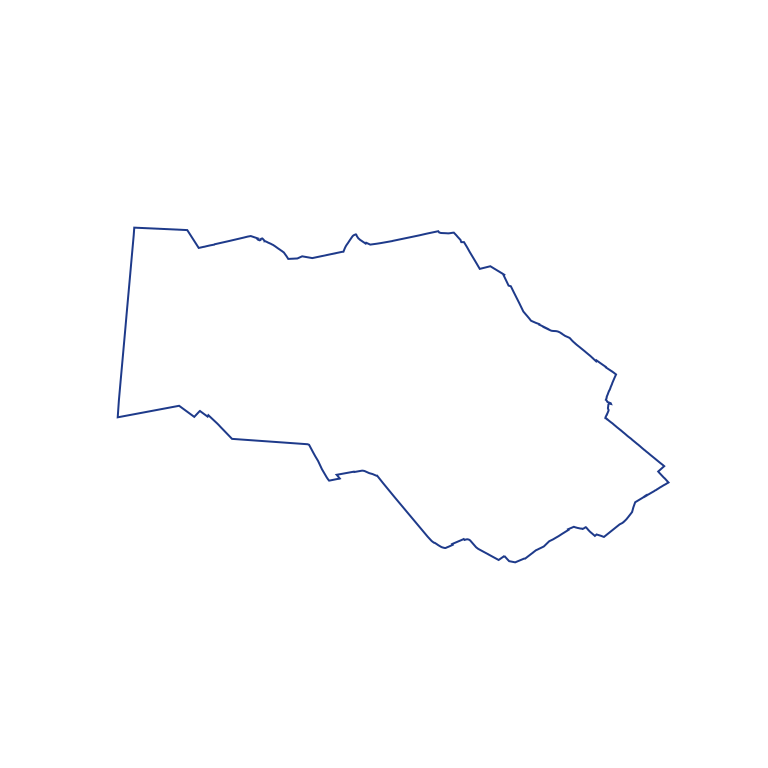 outline of Mārupes pag., Marupes, Latvia, rotated 31°
{"feature_id": "27541924B47115385848599", "entity_name": "Mārupes pag.", "entity_type": "district", "adm_level": 2, "iso_a3": "LVA", "parent_name": "Latvia", "parent_adm1": "Marupes", "projection": "natural_earth1", "projection_center": [23.996, 56.885], "detail": "fine", "context": "isolated", "style": "outline", "palette": "blue", "viewbox_px": 768, "rotation_deg": 31, "n_neighbors": 0, "source": "geoboundaries", "source_scale": "gbopen_adm2", "svg_char_len": 5911}
<svg xmlns="http://www.w3.org/2000/svg" viewBox="0 0 768 768"><g transform="rotate(31 384 384)"><path d="M651.3,401.8L658.3,382.9L660.0,380.2L660.4,378.8L660.5,378.8L660.7,378.1L660.9,377.3L661.5,374.9L662.3,368.6L662.6,365.9L662.4,365.5L662.4,365.3L661.3,361.4L660.2,356.0L662.9,350.9L663.7,349.4L664.4,348.1L665.0,346.6L665.3,346.7L666.4,344.7L665.9,344.6L666.0,344.4L666.5,343.5L667.4,342.8L668.3,341.1L669.4,339.1L670.8,336.6L671.2,335.6L671.8,334.8L672.2,334.0L672.2,333.8L672.9,332.5L673.0,332.4L673.3,331.7L673.7,330.8L674.1,330.1L674.6,329.2L675.9,326.7L676.4,325.9L677.2,324.5L677.9,323.1L678.3,322.5L678.6,321.9L673.2,320.3L672.0,320.1L665.3,318.2L664.1,317.8L666.5,310.1L664.7,309.8L661.5,309.4L658.7,309.0L650.5,307.8L649.0,307.6L647.8,307.4L646.0,307.1L643.6,306.8L642.4,306.6L642.0,306.5L640.7,306.4L639.8,306.2L638.8,306.1L638.4,306.0L636.7,305.7L635.7,305.5L635.1,305.4L634.3,305.3L633.4,305.1L632.2,305.0L629.6,304.6L626.9,304.2L625.5,304.0L624.2,303.7L622.4,303.5L620.6,303.3L619.2,303.1L617.6,302.8L616.4,302.6L615.3,302.4L614.4,302.3L613.7,302.2L612.7,302.0L605.5,301.0L604.4,300.8L603.1,300.6L602.9,300.6L600.2,300.1L599.1,300.0L598.1,299.9L595.7,299.6L594.6,299.4L592.4,299.0L592.5,299.2L592.0,299.1L591.4,299.3L591.1,298.8L591.0,298.5L590.7,295.3L590.8,295.3L590.2,291.3L589.9,290.6L589.4,290.3L588.4,289.4L587.8,288.0L587.7,287.7L587.4,287.1L586.9,286.0L586.9,285.6L587.0,285.3L587.2,284.9L587.6,284.6L588.9,284.2L588.2,283.7L584.8,284.3L582.9,283.3L582.3,283.3L582.0,281.1L581.6,280.7L581.4,279.7L581.3,279.1L581.2,278.4L581.1,277.5L580.9,276.8L580.8,276.1L580.7,275.5L580.5,274.4L580.4,273.3L580.5,273.0L580.2,271.2L579.8,269.4L579.7,268.4L579.6,267.7L579.4,266.3L579.2,265.7L578.4,259.9L578.0,256.3L574.6,255.9L565.8,255.5L565.6,255.5L565.5,255.1L562.1,254.9L560.7,254.8L553.9,254.3L554.1,255.3L553.6,255.2L546.5,253.7L540.6,252.8L539.5,252.6L538.1,252.4L528.7,251.1L527.8,250.9L527.3,250.9L526.8,250.7L524.9,250.4L522.4,249.8L521.2,249.4L519.4,248.9L517.5,249.1L514.5,249.5L510.0,249.3L510.0,249.2L508.9,249.2L508.0,249.2L507.2,249.3L506.3,249.4L505.6,249.6L504.9,249.8L503.8,250.3L501.7,251.4L500.4,252.0L499.7,252.2L499.8,252.2L496.2,252.6L494.8,252.7L493.8,252.8L494.2,252.5L488.0,253.0L486.5,253.2L486.3,252.7L482.6,253.4L479.5,253.8L477.7,254.0L477.3,254.0L474.7,253.0L466.1,250.1L458.9,245.4L447.5,238.2L442.4,234.9L440.1,235.5L437.1,233.5L430.1,228.9L430.9,228.6L430.9,228.4L414.5,228.3L406.8,236.0L398.5,231.5L389.5,226.7L384.8,224.0L379.5,221.2L377.2,222.6L376.8,222.3L375.9,221.6L375.4,221.1L375.0,221.0L371.6,220.0L369.2,219.2L365.9,218.3L364.7,219.2L362.7,220.9L362.0,221.4L361.5,221.8L359.9,222.6L355.1,225.2L353.3,225.7L351.8,225.1L351.7,225.2L343.2,233.1L340.8,235.4L337.8,238.3L337.7,238.4L317.8,256.8L317.6,257.1L308.4,265.1L305.4,267.6L300.4,271.6L296.0,272.1L296.0,272.4L296.0,273.1L295.7,273.1L294.2,273.0L291.9,272.9L290.8,272.8L290.2,272.8L289.7,272.8L289.0,272.7L288.4,272.6L287.6,272.4L287.2,272.4L286.6,272.2L285.8,271.8L285.2,271.5L284.7,271.3L284.3,271.0L283.5,270.4L283.3,270.3L282.9,270.2L282.7,270.3L282.6,270.5L282.2,271.0L281.8,271.5L281.5,272.0L281.3,272.4L281.1,272.9L281.0,273.3L280.9,274.0L280.7,277.2L280.6,278.9L280.5,281.7L280.3,284.2L280.3,285.8L280.5,287.9L281.1,291.5L280.0,292.3L257.7,313.0L248.1,316.7L245.1,321.0L237.5,326.1L234.7,324.7L231.2,323.2L230.6,322.9L230.3,322.8L229.8,322.8L227.9,322.6L227.4,322.6L224.8,322.4L224.6,322.4L224.1,322.4L220.5,322.1L219.2,322.0L218.6,322.0L218.3,322.0L217.7,321.9L216.7,322.0L215.5,322.1L214.6,322.1L214.2,322.2L213.2,322.3L212.5,322.4L211.9,322.5L211.7,322.5L211.1,322.5L210.2,322.6L209.2,322.7L208.9,322.8L208.6,322.8L208.1,323.2L207.9,322.8L206.6,322.4L205.9,322.2L204.8,321.9L204.1,322.5L203.9,322.9L203.9,323.4L204.0,324.2L203.4,324.9L202.1,325.1L201.6,325.2L200.5,324.9L199.9,324.5L200.0,324.4L193.6,325.8L191.3,327.8L188.4,330.7L188.2,330.9L177.6,341.2L166.5,351.8L167.1,351.6L163.6,354.7L161.1,357.1L159.2,359.0L158.9,359.2L155.1,362.8L136.1,353.4L128.8,357.3L110.3,367.3L89.4,378.6L92.8,385.3L101.8,403.9L112.0,424.9L118.0,437.3L127.1,456.1L133.1,468.4L144.5,491.9L156.5,516.7L165.2,534.6L172.9,549.7L219.5,508.3L219.6,508.2L238.3,509.9L238.6,508.5L239.5,504.3L240.0,502.1L240.1,501.9L240.7,502.0L249.6,502.8L249.5,501.2L261.2,503.7L263.6,504.3L265.6,504.9L282.0,509.3L349.7,474.9L350.3,474.9L351.1,474.7L358.6,479.2L362.4,481.4L367.1,483.9L374.7,489.0L383.3,493.7L383.8,493.9L384.8,494.4L386.7,495.1L387.0,494.8L387.3,494.6L393.1,489.3L393.5,489.0L394.1,488.4L394.3,488.4L394.8,487.8L391.7,486.7L390.2,486.2L403.4,474.6L403.8,474.8L409.9,469.5L411.0,469.0L412.2,468.6L417.3,468.0L420.5,467.1L424.9,466.5L425.3,466.1L434.4,469.5L451.8,475.7L467.4,481.1L484.5,487.0L500.1,492.4L505.6,494.0L507.1,494.2L508.9,494.3L509.3,494.0L512.0,494.1L513.3,494.2L514.5,494.2L515.6,494.2L516.6,494.2L517.7,494.1L518.5,493.9L519.2,493.7L519.9,493.5L520.4,493.3L520.9,493.1L521.2,492.9L521.5,492.5L522.1,491.6L523.1,490.3L524.0,489.0L525.1,487.4L525.7,486.5L524.8,486.1L525.0,485.8L529.8,479.2L530.1,478.8L531.9,476.3L532.0,476.1L532.2,475.8L533.3,476.2L534.6,474.8L535.7,474.0L537.5,473.6L538.7,473.8L547.0,476.5L549.6,476.8L572.9,475.8L575.4,470.2L575.7,470.3L576.4,469.6L580.0,470.7L582.5,471.4L588.3,469.3L594.1,461.4L594.9,461.0L599.9,448.2L600.4,447.5L600.9,446.8L601.7,445.5L602.9,443.7L604.7,440.9L606.6,433.7L609.0,430.0L610.5,427.2L611.9,424.7L612.5,423.5L613.7,421.0L617.3,414.0L616.6,413.7L620.3,408.6L621.9,408.3L623.2,407.9L623.7,407.8L624.8,407.4L625.4,407.2L626.9,406.7L628.2,406.0L628.5,406.1L628.9,406.0L629.6,404.9L630.1,403.9L630.5,403.1L630.6,402.9L630.9,402.8L631.3,402.9L632.0,403.1L633.0,403.4L633.7,403.7L634.1,403.8L634.3,403.9L634.8,404.0L635.5,404.2L636.1,404.4L637.7,404.7L638.3,404.8L639.0,404.9L639.6,405.0L641.3,405.3L641.9,405.4L642.1,405.4L643.0,405.6L643.6,403.9L643.7,403.5L648.1,402.4L650.9,401.9L651.3,401.8Z" fill="none" stroke="#1e3a8a" stroke-width="2"/></g></svg>